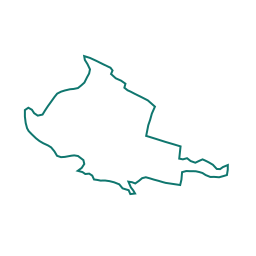 the district of Lajeado, Rio Grande do Sul, Brazil, rotated 188°
{"feature_id": "56859067B30359341782626", "entity_name": "Lajeado", "entity_type": "district", "adm_level": 2, "iso_a3": "BRA", "parent_name": "Brazil", "parent_adm1": "Rio Grande do Sul", "projection": "equal_earth", "projection_center": [-52.019, -29.449], "detail": "fine", "context": "isolated", "style": "outline", "palette": "teal", "viewbox_px": 256, "rotation_deg": 188, "n_neighbors": 0, "source": "geoboundaries", "source_scale": "gbopen_adm2", "svg_char_len": 1618}
<svg xmlns="http://www.w3.org/2000/svg" viewBox="0 0 256 256"><g transform="rotate(188 128 128)"><path d="M116.5,62.9L111.9,64.1L114.1,66.9L116.9,69.6L120.1,74.9L116.5,74.9L113.1,74.1L109.8,77.2L107.0,80.3L103.5,81.7L99.5,81.2L95.2,80.5L90.2,79.9L86.3,79.3L83.1,78.9L68.4,78.8L67.9,84.3L68.3,91.8L64.3,93.5L60.0,93.9L55.0,94.6L51.2,94.3L48.0,93.8L44.5,92.2L39.8,91.0L35.7,91.6L30.9,91.9L26.5,93.8L23.5,95.2L23.4,100.4L24.0,105.2L28.6,102.5L31.1,100.1L34.4,99.8L38.8,103.4L43.4,105.3L47.0,106.5L49.8,107.3L52.4,105.7L56.5,103.0L61.4,104.0L65.3,106.3L69.3,104.6L73.0,104.8L73.4,117.1L81.2,118.3L89.4,119.5L98.2,121.0L105.6,122.2L108.9,122.7L108.3,133.6L107.2,139.3L106.4,145.5L104.3,152.9L112.2,158.1L118.8,160.4L125.5,162.6L130.6,164.4L133.7,165.3L137.2,167.4L136.7,171.5L141.4,173.9L147.0,175.5L152.3,179.1L151.3,182.8L153.7,185.2L161.6,187.7L169.1,190.2L175.4,192.1L181.4,193.1L180.2,189.4L177.0,185.6L173.8,180.8L174.1,176.5L175.6,172.6L177.5,166.9L180.1,163.8L183.1,160.6L187.3,159.1L190.8,158.3L195.7,156.4L199.3,154.7L202.9,152.2L205.0,148.7L207.6,143.7L210.3,138.6L212.5,134.0L214.5,129.4L219.1,127.7L223.0,129.6L225.7,132.7L229.5,134.2L232.6,131.4L231.7,125.0L230.0,118.7L227.9,113.7L225.9,111.1L222.7,108.6L217.7,105.0L213.9,102.8L209.8,101.1L204.8,99.6L201.4,98.1L197.6,94.6L194.4,90.6L190.3,89.8L186.5,90.6L180.2,92.7L177.4,93.4L173.6,93.3L167.7,90.0L166.3,86.3L168.3,82.0L171.8,78.6L166.9,78.0L163.9,76.5L160.1,77.4L156.8,75.9L154.5,72.3L151.0,72.3L148.0,72.1L143.2,72.8L138.8,72.8L134.2,72.3L128.8,71.0L125.0,67.5L122.1,67.0L118.7,66.5L116.5,62.9Z" fill="none" stroke="#0f766e" stroke-width="2"/></g></svg>